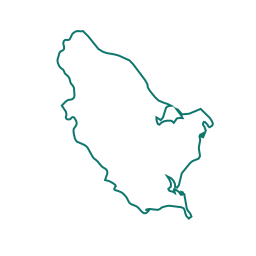 Wexford, Mercator projection, rotated 292°
{"feature_id": "IRL-718", "entity_name": "Wexford", "entity_type": "County", "adm_level": 1, "iso_a3": "IRL", "parent_name": "Ireland", "parent_adm1": "", "projection": "mercator", "projection_center": [-6.603, 52.458], "detail": "fine", "context": "isolated", "style": "outline", "palette": "teal", "viewbox_px": 256, "rotation_deg": 292, "n_neighbors": 0, "source": "natural_earth", "source_scale": "10m", "svg_char_len": 2996}
<svg xmlns="http://www.w3.org/2000/svg" viewBox="0 0 256 256"><g transform="rotate(292 128 128)"><path d="M201.0,49.9L198.1,56.8L190.2,70.9L189.3,76.1L189.5,80.2L191.2,88.1L191.7,92.3L191.2,104.1L189.0,109.0L178.8,125.9L175.8,129.6L173.0,131.2L170.4,134.8L166.5,141.9L164.9,146.2L164.8,151.2L165.1,156.0L164.8,159.7L163.7,157.6L162.3,156.3L160.8,155.7L151.0,156.5L147.6,155.4L148.5,150.4L147.0,151.0L145.6,151.8L144.2,152.9L142.9,154.2L142.9,155.9L145.4,156.9L147.8,159.0L149.7,162.0L151.0,165.7L149.9,168.5L155.1,169.7L156.7,172.0L157.6,174.9L159.7,172.4L163.7,165.7L163.7,167.4L160.9,173.1L164.2,179.4L172.9,188.2L168.0,200.1L165.9,203.1L164.2,204.8L163.0,205.3L161.4,205.0L159.2,203.3L159.6,201.9L160.8,200.6L162.3,197.3L162.1,196.1L160.1,195.8L159.1,196.4L157.7,198.5L155.6,200.3L155.3,200.8L154.8,201.1L147.5,201.1L147.5,199.4L151.0,199.4L148.7,197.4L146.9,197.4L144.1,199.4L136.0,201.1L128.9,205.3L126.0,204.9L121.6,200.3L118.5,198.6L106.1,194.8L94.2,196.6L91.0,195.8L91.0,193.8L93.5,192.7L95.9,190.2L97.6,186.8L97.9,182.5L95.9,185.4L93.1,188.3L89.8,189.7L86.5,188.2L85.3,189.9L85.5,192.1L85.7,193.0L85.8,193.8L85.3,195.8L87.1,194.5L87.7,193.8L88.8,193.8L88.2,197.8L87.7,199.4L86.5,201.1L87.6,201.2L88.8,201.1L88.8,203.1L88.2,203.3L87.0,203.1L86.5,203.1L87.7,205.0L75.6,212.5L73.9,214.3L72.0,217.7L69.7,220.0L66.8,218.3L68.4,214.9L70.4,213.1L72.5,211.7L74.4,209.7L74.5,207.0L71.5,195.8L70.6,193.9L68.9,191.4L67.0,189.1L65.2,188.2L63.3,186.4L60.8,177.8L58.7,174.9L59.2,178.1L58.6,177.9L57.5,177.6L56.5,177.0L55.8,176.5L55.4,175.7L55.0,174.8L55.2,173.5L55.7,171.8L57.8,167.6L58.3,166.3L58.5,165.0L58.6,162.6L58.6,161.0L58.5,159.7L58.8,158.4L59.4,156.9L62.9,152.9L63.5,152.0L65.0,149.0L65.5,147.5L65.9,145.6L65.9,142.4L65.6,139.4L65.8,138.5L66.8,138.0L67.7,138.0L69.5,138.5L70.4,137.5L71.1,135.4L71.7,131.0L71.2,126.2L77.8,125.9L78.8,125.6L80.4,124.7L81.1,123.9L81.6,122.8L82.2,119.3L82.8,117.5L85.8,111.9L86.5,109.8L86.9,108.2L87.7,106.5L94.6,97.9L95.6,95.7L96.0,93.1L96.2,85.7L97.1,84.2L98.7,82.4L103.0,79.5L105.3,78.4L107.0,78.0L110.1,78.8L111.2,78.9L112.2,78.9L113.2,78.6L114.3,78.0L115.4,77.0L117.0,75.0L117.6,73.7L117.4,72.6L116.9,72.1L116.2,71.7L114.9,71.3L114.3,70.8L113.8,70.1L113.5,69.2L113.4,68.1L113.7,67.1L114.4,66.4L117.2,66.0L119.8,64.4L124.0,58.2L129.8,60.6L131.9,62.4L132.5,63.7L133.7,65.4L134.9,66.2L136.1,66.5L137.2,66.4L138.1,66.2L144.5,63.1L145.4,62.4L146.1,61.6L146.6,60.9L147.5,59.1L148.0,58.4L148.6,57.7L149.3,57.1L151.6,55.5L152.2,54.9L152.8,54.2L153.7,52.6L154.7,49.7L155.2,48.8L155.8,48.2L156.5,47.6L157.1,46.9L157.6,46.2L158.0,45.2L158.2,44.1L158.7,42.7L159.5,41.2L161.6,39.0L163.1,37.9L164.7,37.1L172.0,36.3L173.3,36.6L174.1,37.1L174.8,37.9L175.7,38.5L177.2,39.1L178.5,38.7L179.8,38.0L181.8,36.5L183.3,36.0L184.6,36.0L185.6,36.4L186.2,37.0L186.6,37.8L186.9,38.8L187.3,39.7L187.8,40.3L188.8,40.8L193.8,41.1L195.0,41.4L197.4,42.9L197.8,43.3L198.2,43.7L198.6,44.3L199.4,46.0L199.6,46.9L200.3,48.8L201.0,49.9Z" fill="none" stroke="#0f766e" stroke-width="2"/></g></svg>